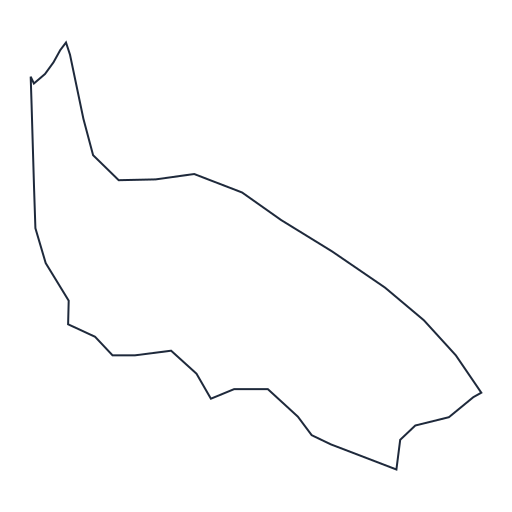 SVG path tracing the border of Žabljak
{"feature_id": "MNE-1520", "entity_name": "Žabljak", "entity_type": "Municipality", "adm_level": 1, "iso_a3": "MNE", "parent_name": "Montenegro", "parent_adm1": "", "projection": "equal_earth", "projection_center": [19.145, 43.143], "detail": "fine", "context": "isolated", "style": "outline", "palette": "slate", "viewbox_px": 512, "rotation_deg": 0, "n_neighbors": 0, "source": "natural_earth", "source_scale": "10m", "svg_char_len": 616}
<svg xmlns="http://www.w3.org/2000/svg" viewBox="0 0 512 512"><path d="M33.9,83.5L45.0,74.0L53.5,62.3L60.3,50.0L66.0,42.5L70.0,54.7L83.4,118.8L93.1,155.2L118.7,180.2L155.6,179.4L194.1,174.0L242.1,192.5L281.2,220.1L332.2,251.5L385.0,287.6L423.9,320.3L455.8,355.3L481.3,392.7L473.4,397.1L448.9,417.2L415.3,425.5L400.2,439.8L396.4,469.5L330.9,444.4L311.7,435.2L297.9,416.7L267.8,389.1L234.2,389.1L210.9,398.7L196.5,373.7L171.1,350.7L135.2,355.3L112.5,355.3L95.1,336.8L68.1,324.3L68.7,300.7L45.7,263.1L35.4,228.2L34.0,186.3L31.6,105.3L30.7,77.1L30.7,76.7L33.9,83.5Z" fill="none" stroke="#1e293b" stroke-width="2"/></svg>